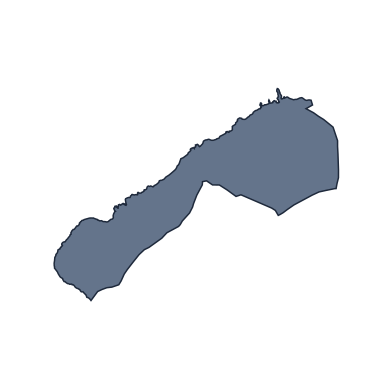 Domoni, Andjouân, Comoros (Albers equal-area conic projection), rotated 252°
{"feature_id": "10938185B41806506469500", "entity_name": "Domoni", "entity_type": "district", "adm_level": 2, "iso_a3": "COM", "parent_name": "Comoros", "parent_adm1": "Andjouân", "projection": "albers", "projection_center": [44.503, -12.179], "detail": "fine", "context": "isolated", "style": "filled", "palette": "slate", "viewbox_px": 384, "rotation_deg": 252, "n_neighbors": 0, "source": "geoboundaries", "source_scale": "gbopen_adm2", "svg_char_len": 6018}
<svg xmlns="http://www.w3.org/2000/svg" viewBox="0 0 384 384"><g transform="rotate(252 192 192)"><path d="M242.5,333.6L243.3,332.0L243.6,330.9L243.6,329.6L244.2,328.5L244.8,327.9L246.8,326.5L247.8,325.6L248.1,323.5L247.7,320.4L248.2,318.7L248.3,317.2L250.9,313.6L252.2,312.7L253.0,311.8L253.0,311.2L252.7,309.1L253.7,309.2L254.0,309.1L253.9,308.7L252.8,307.7L252.8,306.7L252.7,306.3L253.0,305.8L253.2,305.7L254.0,305.8L254.7,306.4L255.9,306.8L258.6,306.1L259.6,306.4L260.4,306.1L261.9,306.3L263.6,305.7L264.0,305.1L263.1,304.3L262.0,303.9L261.3,303.8L260.1,304.3L259.7,304.3L258.5,303.9L256.4,303.8L255.8,303.1L255.4,303.1L255.2,302.9L255.0,302.1L254.7,301.9L253.5,302.2L253.0,302.6L251.6,302.4L251.1,302.8L250.7,302.9L250.4,302.8L250.2,302.5L250.4,301.8L250.1,301.5L250.1,301.2L250.5,300.7L250.9,299.9L251.4,299.8L252.3,300.1L252.5,299.9L252.5,299.2L253.4,298.6L253.4,298.0L253.2,297.6L252.7,297.2L252.8,296.7L252.5,296.5L252.0,296.3L252.2,294.1L252.8,293.6L254.1,293.9L255.8,293.6L255.5,293.3L254.4,292.9L253.5,292.9L252.8,293.1L252.5,293.0L252.2,291.9L252.1,289.3L252.5,288.1L252.1,286.7L252.2,285.8L252.9,284.7L253.7,285.3L254.6,285.5L255.3,285.2L255.5,284.7L255.3,284.4L254.3,284.2L253.8,283.4L252.9,283.7L252.4,284.2L251.9,284.0L251.3,284.2L251.0,283.9L251.2,283.4L250.2,282.8L250.1,282.5L250.4,281.5L249.7,279.1L249.8,277.4L248.8,274.8L248.0,274.3L247.6,273.8L247.3,272.9L247.2,271.2L246.8,270.4L246.1,269.6L246.0,268.4L245.5,267.6L245.4,267.0L244.7,265.5L244.7,265.0L244.9,264.2L245.7,262.2L246.0,262.1L246.6,262.1L247.1,261.4L247.7,260.1L247.2,258.1L246.3,257.2L245.7,257.4L245.1,256.7L244.3,254.9L243.1,254.4L242.9,254.1L242.1,251.0L241.8,250.6L241.6,250.4L240.7,250.3L239.8,249.9L239.2,249.9L238.3,249.0L238.0,247.3L238.0,246.8L238.4,246.3L238.3,246.1L237.6,246.0L237.4,245.6L237.4,245.3L237.6,245.0L238.7,244.1L238.6,242.9L238.0,242.9L238.0,242.5L237.5,242.3L237.3,241.9L236.6,238.0L236.4,236.4L236.3,235.9L235.7,235.1L235.1,234.7L234.9,234.3L234.9,231.9L234.6,231.5L234.6,228.2L235.1,226.6L235.9,225.5L236.7,224.7L237.1,223.8L237.0,222.5L237.3,220.7L236.9,218.9L236.7,218.5L235.4,217.7L234.5,216.9L233.4,214.8L232.9,214.0L232.8,213.1L233.2,212.8L234.1,212.9L235.6,211.9L235.4,211.3L235.6,211.2L235.5,210.9L235.7,210.4L235.5,210.2L235.5,209.8L234.9,209.9L234.6,209.6L233.8,209.4L233.6,209.0L233.8,208.5L233.7,208.1L232.7,207.7L233.5,207.3L233.3,207.1L233.4,206.9L233.8,206.3L233.8,206.1L233.5,205.6L233.7,205.3L233.5,205.0L233.7,204.8L233.6,204.3L233.2,204.0L233.1,203.6L232.6,203.5L232.0,203.7L231.8,203.5L231.0,202.2L230.6,200.7L230.2,200.5L229.1,199.4L227.3,194.1L227.1,191.7L222.9,188.5L221.8,187.2L221.5,186.2L219.2,184.2L218.2,182.6L216.1,177.7L215.1,175.1L214.3,171.8L212.8,169.3L212.5,166.6L212.8,165.9L212.7,165.6L212.8,164.6L212.6,164.2L211.4,163.4L210.2,160.6L209.9,159.3L209.8,158.0L209.0,157.1L209.0,156.4L210.5,154.6L210.4,153.6L210.5,153.2L211.1,152.5L211.1,151.9L211.0,151.5L210.5,150.8L208.8,149.7L208.5,148.2L208.8,147.6L208.8,147.3L208.6,146.9L207.8,146.8L207.1,144.8L207.2,144.1L206.8,143.5L206.9,142.3L207.1,142.0L207.2,141.5L208.2,140.8L208.3,140.4L208.0,140.0L207.1,139.8L206.9,139.5L206.3,139.5L206.2,139.0L206.7,138.2L207.0,137.2L207.0,136.1L208.1,134.5L208.2,134.2L208.1,133.9L207.7,133.7L207.2,132.3L206.2,131.7L205.9,131.2L206.4,130.2L206.4,128.6L206.1,126.8L205.5,126.3L203.9,126.0L202.0,125.8L200.3,125.8L200.0,125.6L199.7,125.1L200.1,124.5L201.4,124.3L201.1,123.6L201.3,123.4L201.9,123.4L202.4,123.0L202.1,122.6L202.3,122.0L201.8,121.3L201.9,120.6L201.5,120.1L202.1,119.4L202.5,119.3L202.5,118.1L201.4,117.4L201.2,117.5L201.0,117.3L200.6,117.3L200.2,116.8L199.5,116.8L199.4,116.7L199.5,116.5L200.3,116.1L201.0,115.5L201.6,115.9L202.1,115.7L202.2,114.2L201.0,113.6L200.9,112.9L200.6,112.6L200.1,112.5L199.5,112.6L198.2,112.7L197.3,113.2L197.2,112.5L195.4,110.7L193.9,109.7L193.4,109.7L192.7,109.3L191.9,109.3L190.9,108.1L191.0,105.9L190.4,104.9L190.1,103.8L189.8,103.4L189.7,102.7L189.9,101.4L190.4,100.8L190.6,100.2L191.1,99.2L191.2,98.6L191.5,98.1L192.4,97.4L192.7,97.0L193.0,95.4L193.6,94.9L193.9,94.3L194.2,94.2L194.3,93.8L194.7,93.8L195.2,93.4L195.3,93.0L195.6,92.9L195.9,92.2L196.8,91.3L196.9,91.0L197.8,90.1L197.9,89.4L198.2,88.8L198.8,86.8L198.9,85.9L199.1,80.8L198.7,79.9L198.9,79.1L198.9,78.4L198.2,77.5L198.2,76.9L197.7,76.3L197.4,75.6L197.1,75.6L197.0,75.2L196.2,75.0L195.9,74.7L194.9,72.7L195.3,72.1L195.2,71.7L192.9,68.6L192.9,67.7L193.1,67.4L192.2,65.9L191.9,65.4L191.4,65.1L190.6,64.2L189.3,64.0L189.0,62.9L188.7,62.8L187.7,61.9L187.0,60.5L186.0,59.3L185.3,57.7L184.7,57.1L184.4,56.6L183.9,56.0L183.8,55.6L184.1,55.1L184.0,53.7L183.3,52.4L182.4,51.9L181.9,51.9L181.3,52.3L180.9,52.1L180.5,50.8L179.8,50.3L179.8,49.7L179.2,49.3L178.9,48.6L178.6,48.6L178.5,46.9L178.1,46.5L177.0,46.0L175.9,45.2L175.4,44.6L174.7,43.3L174.3,43.3L172.9,42.2L172.3,41.4L169.3,40.1L166.9,38.9L164.1,38.1L163.4,38.2L162.2,37.7L157.6,39.3L155.5,39.5L152.2,40.3L151.3,40.8L149.7,42.2L148.4,42.1L148.0,42.3L146.4,42.6L146.2,42.8L146.0,43.6L144.5,44.4L143.3,45.4L143.1,46.1L142.0,47.2L141.7,48.8L141.3,49.3L140.7,49.4L140.7,50.1L140.2,50.6L138.9,51.2L137.7,51.5L137.0,51.9L135.7,53.1L135.3,53.9L134.6,54.3L133.9,55.1L133.0,55.2L131.5,55.7L131.2,56.1L130.7,57.5L130.4,57.7L129.0,58.2L126.8,59.4L126.1,59.3L125.5,59.5L124.7,59.4L124.3,59.5L123.5,60.7L123.1,61.0L121.5,61.9L120.0,62.4L126.5,71.5L127.1,76.4L127.3,81.4L126.3,86.4L126.4,93.7L129.3,97.1L134.9,102.2L138.3,106.6L143.2,113.8L148.8,122.3L151.9,128.9L152.6,133.9L157.4,149.0L161.0,155.5L163.4,168.6L164.6,170.7L167.4,173.8L172.8,183.2L177.5,187.9L180.5,189.9L187.5,195.6L195.6,204.0L198.6,205.2L198.1,209.3L192.4,213.7L190.2,220.2L182.9,226.2L174.2,232.5L174.2,237.7L152.1,262.8L148.7,265.6L143.1,266.8L143.4,268.9L144.2,272.4L145.7,276.7L148.2,284.9L151.9,305.4L152.8,312.8L152.1,320.0L151.1,328.7L150.7,330.1L155.0,332.4L160.3,335.7L167.6,338.1L182.8,342.5L190.3,344.5L195.8,346.3L210.1,346.2L220.3,339.6L224.9,335.7L229.8,332.1L236.0,326.2L237.5,333.5L242.5,333.6Z" fill="#64748b" stroke="#1e293b" stroke-width="1.5"/></g></svg>